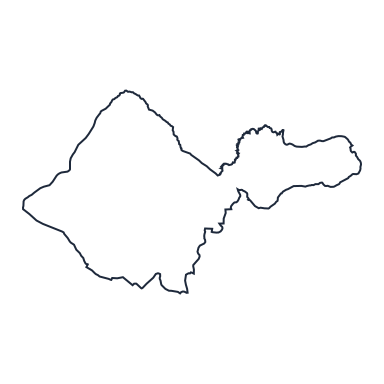 Guachucal, Nariño, Colombia (orthographic projection)
{"feature_id": "7082276B62012861578772", "entity_name": "Guachucal", "entity_type": "district", "adm_level": 2, "iso_a3": "COL", "parent_name": "Colombia", "parent_adm1": "Nariño", "projection": "orthographic", "projection_center": [-77.704, 0.975], "detail": "fine", "context": "isolated", "style": "outline", "palette": "slate", "viewbox_px": 384, "rotation_deg": 0, "n_neighbors": 0, "source": "geoboundaries", "source_scale": "gbopen_adm2", "svg_char_len": 6043}
<svg xmlns="http://www.w3.org/2000/svg" viewBox="0 0 384 384"><path d="M187.6,292.7L187.1,288.8L185.9,284.7L185.1,280.6L186.0,274.7L188.5,273.3L190.0,273.4L190.8,272.4L191.7,272.6L193.8,273.6L193.9,269.5L193.2,266.2L193.3,265.0L198.7,258.9L199.6,256.6L199.5,255.1L198.2,253.6L197.5,251.7L198.5,247.7L199.9,245.6L204.2,243.5L205.3,242.0L205.1,239.9L204.3,238.3L204.4,237.1L204.2,236.1L204.5,234.0L205.2,231.8L204.7,230.4L205.1,228.5L212.2,228.8L211.7,231.9L212.7,232.2L216.3,232.6L218.5,232.5L220.6,231.4L222.1,229.5L222.5,228.1L222.2,226.9L220.7,225.5L219.4,223.6L223.6,223.5L223.7,218.6L225.7,213.0L225.4,209.5L231.3,209.2L230.8,207.4L231.2,206.1L232.8,204.0L234.1,202.7L234.7,202.4L236.3,202.3L237.4,201.5L238.6,199.5L239.2,197.8L240.2,196.4L240.3,195.6L240.1,194.6L238.3,191.4L237.7,189.3L238.5,189.8L239.7,190.1L241.5,189.8L242.3,190.0L243.2,190.8L244.6,191.3L246.9,193.0L247.3,194.0L247.2,196.9L248.7,198.7L248.7,199.1L248.1,199.7L248.6,200.0L249.6,200.0L250.2,200.4L255.0,206.1L258.7,208.2L260.6,207.7L264.4,208.3L268.5,208.5L269.2,208.1L270.5,206.7L274.8,203.7L276.2,201.8L277.5,200.9L277.7,200.0L277.9,197.5L280.9,193.5L281.7,193.4L282.9,191.7L286.2,189.7L287.8,189.2L293.6,186.1L301.3,185.9L305.4,186.6L307.0,186.0L309.7,185.4L310.7,185.4L311.7,185.0L313.6,185.1L315.4,184.1L318.5,184.1L320.0,182.9L321.6,182.6L322.3,182.7L323.4,184.4L325.0,185.9L326.2,186.0L327.7,185.8L330.5,186.9L333.4,186.8L334.4,186.5L336.6,185.2L338.9,184.2L339.5,183.6L340.2,182.3L348.2,178.1L348.8,177.0L350.6,175.9L352.5,174.2L353.3,174.0L356.5,174.2L358.4,173.5L360.1,170.4L360.5,168.6L360.4,167.0L361.0,164.6L360.9,163.1L360.3,161.3L359.8,160.6L358.2,159.1L357.1,157.0L355.9,155.6L355.9,153.8L354.9,152.2L354.0,151.8L352.3,152.5L351.0,151.2L350.7,150.4L350.5,148.3L350.1,147.6L350.6,146.8L352.4,145.5L351.2,144.6L350.3,142.6L349.0,141.6L348.4,140.3L347.6,139.2L345.2,137.1L344.3,136.7L341.6,136.2L338.5,136.1L335.8,136.6L334.0,137.4L332.0,137.5L330.7,138.4L323.6,141.1L321.9,141.1L320.0,140.6L318.0,140.7L315.2,142.4L312.6,143.2L310.8,144.4L308.4,145.2L306.2,146.6L305.0,146.5L301.9,146.9L296.6,146.6L294.7,146.0L292.5,144.5L290.7,143.8L289.4,143.6L287.4,144.6L286.6,144.7L285.5,144.3L284.3,143.2L283.7,141.9L283.5,139.9L282.5,136.5L282.9,134.5L283.0,132.7L283.5,130.2L283.2,130.0L282.6,130.0L281.1,131.8L279.8,132.1L279.6,132.6L280.0,133.9L279.6,134.4L278.3,133.9L277.3,134.8L276.9,133.1L276.0,132.6L275.5,131.7L275.1,131.7L273.7,132.3L272.5,132.0L271.7,130.7L271.6,129.3L271.1,128.4L269.7,128.0L269.2,127.0L267.6,126.9L266.0,125.4L265.1,125.2L264.8,125.5L264.9,126.0L264.2,126.1L264.0,126.9L262.5,127.5L261.8,128.9L260.8,128.4L260.3,129.6L260.0,129.8L259.1,128.5L258.7,128.6L258.6,130.5L257.8,131.5L257.9,133.0L257.7,133.5L257.1,133.6L256.4,133.1L255.8,130.8L253.9,129.1L252.8,128.8L251.9,129.2L251.3,129.1L250.8,130.1L249.9,130.3L249.7,131.3L248.9,131.6L248.7,132.0L248.7,132.5L249.7,133.0L249.7,133.4L248.5,133.1L248.1,132.4L247.5,133.1L247.2,133.1L246.9,132.7L247.0,131.7L246.6,131.7L245.3,133.5L244.1,133.5L243.8,134.8L242.8,135.0L242.6,137.0L243.0,137.8L242.5,137.9L242.0,137.4L240.5,138.9L238.5,139.4L238.4,139.7L238.6,140.0L239.5,139.6L239.9,140.0L239.2,140.8L239.5,141.9L239.3,142.4L238.4,142.5L238.7,143.7L237.4,144.1L237.9,144.9L236.8,145.3L237.0,146.0L237.9,146.5L237.8,146.8L237.1,147.0L237.0,147.4L237.7,148.2L237.5,149.0L238.2,149.9L236.8,150.6L237.7,151.0L237.3,151.7L238.1,152.7L237.9,153.0L237.2,152.7L237.0,153.0L237.5,153.6L238.6,153.7L238.0,154.6L238.5,156.0L238.4,156.6L237.7,156.7L237.3,157.9L236.4,157.8L236.1,158.8L235.0,159.5L235.3,160.4L234.8,161.0L234.7,162.5L233.8,162.8L232.9,162.4L232.0,164.2L231.5,164.5L229.0,165.1L228.3,164.4L227.6,164.4L226.7,163.8L225.6,163.9L225.1,163.6L224.5,163.9L224.0,163.7L223.1,164.4L222.9,164.6L223.2,165.1L222.3,165.4L221.6,166.2L222.4,166.8L222.3,167.1L221.5,167.1L222.0,167.9L221.0,168.3L222.2,168.8L222.5,170.8L221.4,171.8L220.4,174.1L219.9,173.8L219.4,174.9L217.7,175.5L215.6,173.4L210.1,169.4L206.7,166.2L201.8,163.1L199.0,160.4L191.2,154.9L190.2,153.6L182.9,151.0L181.6,150.2L181.4,149.8L181.5,149.0L181.1,148.6L181.3,148.2L180.6,147.4L180.2,144.8L179.2,144.2L178.7,141.0L177.8,140.4L177.3,139.7L177.5,138.3L176.9,136.7L176.5,136.3L175.6,136.2L173.7,134.5L173.5,131.7L172.7,130.3L173.1,127.1L171.8,126.1L170.6,125.7L169.8,124.5L168.4,123.6L167.7,122.4L166.7,122.1L165.4,120.9L162.7,119.2L161.9,117.9L160.1,116.4L159.4,115.1L158.2,115.4L157.6,115.2L156.7,114.6L155.0,112.4L152.6,110.6L149.0,109.6L147.7,106.3L147.9,105.3L147.6,104.6L146.1,103.4L145.6,102.2L143.1,98.9L142.7,98.7L141.7,98.9L140.6,98.3L139.1,95.5L138.0,95.5L137.2,95.1L135.4,93.9L134.3,93.5L132.9,92.2L131.8,92.3L129.6,91.6L128.0,91.8L126.3,90.6L125.1,90.7L123.9,92.4L123.2,92.7L120.4,93.1L119.9,93.6L119.9,94.5L119.3,95.5L118.0,96.0L117.2,97.2L115.4,98.0L114.3,99.1L112.8,99.5L112.2,100.3L111.2,102.4L110.7,102.7L110.0,103.8L109.9,104.7L108.2,106.3L105.7,108.7L101.7,110.8L100.8,111.5L100.1,113.5L99.6,113.9L96.7,117.7L95.3,120.5L94.7,123.0L93.4,126.5L88.7,134.0L85.7,138.0L78.3,144.8L74.6,152.2L72.9,154.4L70.7,158.3L70.0,161.7L70.0,169.3L69.5,170.2L67.6,171.6L61.4,172.5L59.4,173.4L57.9,174.4L56.6,175.7L52.7,181.7L49.5,185.2L43.8,186.7L40.3,188.2L34.3,192.6L31.6,194.9L29.3,196.0L27.9,197.2L25.4,198.7L24.3,199.8L23.6,201.3L23.4,206.0L23.0,207.5L23.1,209.2L29.2,213.9L36.5,220.5L42.9,223.9L62.0,231.5L63.6,232.4L64.3,234.0L67.7,238.0L69.8,241.5L70.9,242.7L74.0,244.7L76.3,249.7L79.8,253.1L81.2,255.8L83.3,258.0L84.2,260.9L85.5,263.4L86.4,264.1L87.7,264.2L87.8,264.4L86.4,267.1L92.0,270.4L94.9,273.3L96.0,274.2L97.9,275.1L99.6,276.5L108.7,278.9L110.7,279.8L111.3,279.9L112.2,278.0L117.3,278.3L122.9,277.2L132.6,285.2L134.1,283.7L136.1,283.6L136.5,283.8L141.1,288.1L141.7,288.4L142.7,287.8L146.6,283.7L153.3,277.7L155.8,274.0L157.8,273.3L158.6,273.4L160.1,274.1L160.2,276.2L159.7,277.9L159.8,279.0L160.5,280.5L161.2,284.2L161.6,285.1L165.4,288.9L168.9,290.7L171.4,290.8L177.9,291.9L180.1,293.4L181.2,292.1L182.9,291.5L184.1,291.6L185.7,292.3L186.4,292.8L187.6,292.7Z" fill="none" stroke="#1e293b" stroke-width="2"/></svg>